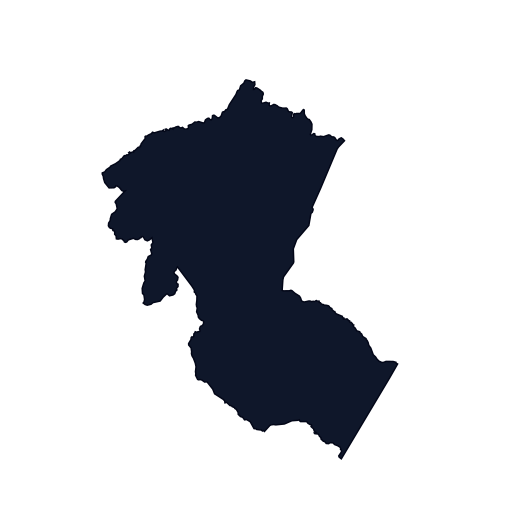 Alta Floresta, Mato Grosso, Brazil, rotated 116°
{"feature_id": "56859067B61506313751079", "entity_name": "Alta Floresta", "entity_type": "district", "adm_level": 2, "iso_a3": "BRA", "parent_name": "Brazil", "parent_adm1": "Mato Grosso", "projection": "albers", "projection_center": [-56.382, -10.043], "detail": "fine", "context": "isolated", "style": "filled", "palette": "ink", "viewbox_px": 512, "rotation_deg": 116, "n_neighbors": 0, "source": "geoboundaries", "source_scale": "gbopen_adm2", "svg_char_len": 6152}
<svg xmlns="http://www.w3.org/2000/svg" viewBox="0 0 512 512"><g transform="rotate(116 256 256)"><path d="M291.0,81.4L290.9,83.3L290.2,83.6L290.7,86.5L293.7,92.9L295.5,94.5L296.5,96.1L296.6,99.3L295.7,102.0L294.3,104.3L293.4,107.3L288.4,112.5L286.9,115.4L284.5,117.4L283.1,119.3L282.8,120.4L282.0,120.9L281.6,124.8L279.8,126.9L279.4,128.7L278.6,129.6L279.1,132.7L277.3,135.3L277.0,136.8L276.2,137.8L275.2,137.9L275.4,138.9L274.6,139.6L273.9,141.7L274.4,142.4L274.0,143.2L273.3,143.4L273.4,144.3L272.6,146.6L273.8,148.3L274.2,149.7L273.3,149.7L273.4,151.4L272.4,151.9L272.8,158.7L272.2,160.1L271.4,160.8L271.7,161.6L270.8,164.3L270.0,164.8L269.9,167.2L269.2,168.1L269.0,169.3L269.6,171.7L270.4,173.0L270.0,173.9L270.4,174.5L270.4,176.7L269.8,177.5L270.0,178.8L268.9,179.5L269.8,181.4L269.6,182.3L271.3,183.4L271.6,184.7L272.6,186.0L272.8,187.8L273.3,188.8L276.3,192.6L276.5,194.4L276.2,195.6L274.2,197.5L273.0,199.4L272.4,204.8L271.4,208.4L271.5,209.6L272.6,210.7L275.3,216.0L275.5,217.4L265.7,221.4L262.7,222.1L245.9,219.3L244.7,219.5L233.2,225.6L223.4,226.6L205.4,221.9L193.7,225.3L192.0,224.6L189.5,224.9L188.7,225.4L187.8,226.9L166.8,227.6L124.1,230.0L121.7,229.6L113.6,227.0L112.7,229.2L112.4,231.2L114.4,232.7L116.4,233.1L116.6,234.1L116.4,235.0L115.2,236.8L114.9,238.3L115.7,240.1L115.0,242.6L115.3,243.8L119.1,247.5L120.1,250.7L120.9,251.5L121.9,253.7L122.1,255.1L121.7,255.9L120.4,256.8L120.6,257.7L123.6,259.4L122.9,260.5L118.0,261.2L113.0,263.5L111.4,265.4L110.0,268.0L110.3,269.4L109.9,270.7L108.3,273.5L106.9,275.0L103.7,276.6L103.5,277.4L104.1,277.8L108.1,278.6L108.8,279.2L110.1,282.0L111.1,283.0L111.3,284.1L112.3,284.2L114.7,283.1L115.6,283.6L115.7,284.8L114.9,285.4L111.3,286.2L111.0,287.1L111.9,289.5L111.7,290.4L110.0,292.4L109.7,293.5L111.4,296.7L112.0,299.7L112.2,301.1L111.7,302.7L111.6,305.3L112.0,306.5L114.6,308.3L114.9,309.3L114.7,310.3L112.6,311.1L113.3,312.1L113.4,314.4L116.0,317.2L115.9,318.1L114.3,319.5L112.0,319.2L109.7,320.3L107.4,320.4L106.4,321.0L105.7,322.0L105.8,322.9L105.1,324.7L104.6,328.8L104.9,330.1L106.9,330.5L107.4,331.3L105.2,332.2L102.5,332.1L100.0,333.6L101.5,335.3L101.1,337.8L102.1,342.2L103.4,342.8L106.0,342.7L109.8,344.4L113.5,343.8L114.5,344.1L115.3,345.0L116.5,345.1L119.6,344.8L131.7,346.3L136.0,346.0L137.1,346.3L137.8,347.2L140.4,347.7L140.6,348.6L141.5,349.2L145.3,348.7L147.5,349.4L148.7,350.8L147.8,355.1L148.2,356.1L149.0,356.6L151.6,355.6L153.1,355.8L153.6,356.8L152.8,358.8L153.6,359.9L155.8,361.1L158.8,360.8L159.6,361.8L160.3,366.5L161.7,367.9L162.4,369.7L165.6,371.2L167.7,373.6L168.6,374.0L170.1,373.0L171.1,372.9L172.7,374.5L173.2,376.1L172.6,378.5L173.7,379.4L174.0,380.2L174.1,381.3L173.5,382.3L174.0,383.3L175.4,384.8L176.6,385.5L177.3,386.7L178.3,386.3L178.2,387.5L178.8,388.9L179.9,389.3L181.2,389.2L181.4,390.0L181.2,392.5L181.8,392.9L182.4,392.0L183.2,392.0L184.2,392.8L184.3,393.8L183.2,394.3L184.9,395.3L185.8,396.9L189.9,401.4L190.1,403.3L191.9,403.7L194.5,405.8L195.9,406.5L196.8,407.9L197.7,408.0L198.5,407.0L205.4,408.4L206.4,408.1L207.5,408.4L208.3,407.7L210.1,409.6L214.2,411.0L214.9,411.9L216.4,411.5L216.5,412.4L218.2,414.0L217.9,415.2L218.9,415.7L219.3,414.5L221.3,415.4L221.7,416.5L222.7,416.8L223.1,417.8L223.9,418.5L227.3,419.2L228.6,420.3L229.8,420.1L234.6,422.7L239.0,426.1L240.1,426.1L243.9,428.3L246.7,428.8L248.7,430.6L249.8,430.1L251.2,428.3L253.3,426.9L256.3,424.1L259.2,417.9L256.9,413.5L255.2,412.5L254.3,412.7L253.9,411.6L254.3,408.9L256.0,405.2L255.9,403.6L254.9,402.2L268.5,406.4L269.6,406.0L270.3,404.6L274.0,401.7L274.9,401.5L278.0,401.9L281.8,404.0L286.3,403.3L287.9,402.6L291.0,402.9L293.6,401.9L294.7,400.2L294.8,399.0L294.4,396.7L295.8,395.8L295.7,393.9L298.5,392.5L299.1,390.7L301.8,389.0L301.3,387.4L299.7,385.3L299.4,384.1L300.2,381.3L301.0,380.5L301.0,379.4L300.1,378.4L297.5,377.8L293.8,373.9L293.9,371.6L293.1,369.7L291.4,368.3L290.6,368.2L289.9,367.4L288.8,367.3L288.3,366.6L288.4,365.4L290.1,363.0L290.0,360.3L288.2,358.8L285.2,357.6L289.1,354.5L292.0,355.0L294.1,353.4L294.9,353.2L296.4,353.6L299.6,350.7L301.1,350.6L303.7,352.6L306.6,352.3L309.1,352.7L310.1,352.4L310.7,351.5L316.9,349.6L318.8,348.3L323.1,347.5L327.0,344.7L329.3,345.0L335.0,344.1L339.4,341.6L340.2,339.6L343.9,337.1L346.3,336.5L347.7,336.8L348.2,334.4L347.9,332.2L345.4,329.2L343.1,328.2L338.5,322.4L333.7,321.4L329.2,319.7L329.0,318.8L329.7,316.3L327.4,313.5L325.5,312.5L322.8,312.9L321.7,312.2L320.8,312.5L320.3,313.2L319.4,313.2L317.7,312.7L315.5,313.7L315.5,315.1L314.5,316.0L313.5,316.4L312.0,316.0L309.3,316.8L308.5,318.4L307.9,321.2L307.2,322.2L306.4,322.6L305.6,322.6L303.8,321.8L301.1,322.1L300.2,321.8L311.0,300.7L313.3,296.9L314.1,296.1L315.4,295.7L315.8,294.1L316.7,293.4L317.7,291.6L321.6,289.8L325.7,288.4L327.6,287.1L328.2,286.1L332.2,284.9L334.5,282.1L336.2,281.0L337.1,279.4L337.7,276.8L337.4,274.9L338.0,274.2L340.5,273.4L342.6,274.1L343.2,274.8L344.1,275.1L346.3,274.8L347.6,273.5L348.5,273.5L349.6,275.1L350.4,275.3L350.7,277.4L352.2,277.3L353.1,277.7L355.9,276.6L356.7,277.0L356.6,278.1L357.6,278.5L359.7,277.8L364.2,278.2L365.5,277.5L367.1,274.0L370.4,271.8L372.1,271.2L373.8,269.7L375.4,267.3L378.9,263.6L381.9,261.3L386.5,259.7L388.2,258.5L389.7,258.0L392.5,254.4L392.5,253.5L391.4,251.7L391.2,250.4L391.8,246.9L390.8,245.4L390.8,244.4L394.6,236.5L398.0,232.8L399.2,222.7L399.9,220.7L401.6,219.5L400.4,218.2L401.8,213.9L401.3,212.2L401.8,211.5L401.7,208.9L402.3,208.1L402.5,206.3L404.5,203.4L406.1,202.6L407.1,199.6L406.8,197.2L408.3,194.5L407.1,192.7L407.5,188.5L412.0,182.1L411.3,180.1L411.6,179.3L410.1,174.9L410.5,173.5L409.6,172.7L410.0,171.5L402.3,169.3L401.3,168.6L399.8,166.4L399.1,164.2L394.5,156.8L388.4,151.6L385.3,146.3L384.2,145.3L385.0,144.6L385.3,143.4L382.6,137.9L383.6,135.9L383.8,133.1L383.4,132.2L384.2,131.5L385.2,131.7L386.1,128.5L387.8,126.9L388.2,124.7L389.5,126.1L389.9,125.3L388.8,122.2L389.1,121.2L390.1,120.1L390.8,118.0L392.0,117.3L393.0,114.2L392.6,113.1L393.7,110.7L393.3,109.6L392.8,108.4L391.5,107.8L390.2,105.1L391.0,102.6L390.7,99.6L391.0,96.6L391.9,95.5L392.8,95.2L392.8,94.4L394.5,93.3L399.4,94.0L400.3,93.1L400.9,90.4L307.4,82.5L291.0,81.4Z" fill="#0f172a" stroke="#020617" stroke-width="1.5"/></g></svg>